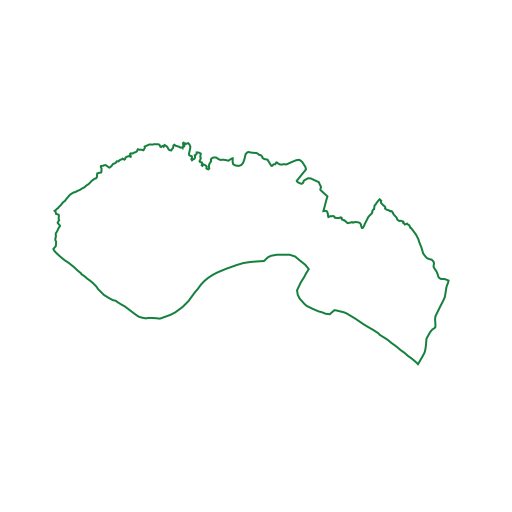 Kang Meas, Kâmpóng Cham, Cambodia (Natural Earth projection), rotated 32°
{"feature_id": "14789045B63152664596772", "entity_name": "Kang Meas", "entity_type": "district", "adm_level": 2, "iso_a3": "KHM", "parent_name": "Cambodia", "parent_adm1": "Kâmpóng Cham", "projection": "natural_earth1", "projection_center": [105.15, 11.935], "detail": "fine", "context": "isolated", "style": "outline", "palette": "green", "viewbox_px": 512, "rotation_deg": 32, "n_neighbors": 0, "source": "geoboundaries", "source_scale": "gbopen_adm2", "svg_char_len": 6071}
<svg xmlns="http://www.w3.org/2000/svg" viewBox="0 0 512 512"><g transform="rotate(32 256 256)"><path d="M61.3,324.4L62.4,324.6L63.4,325.5L64.0,326.2L65.2,326.0L66.5,325.6L67.1,325.8L67.7,326.6L68.4,328.1L69.0,329.2L70.0,329.8L70.1,332.8L70.8,333.3L73.2,333.9L73.9,334.4L73.8,336.8L74.3,340.9L74.2,342.9L74.8,343.9L76.0,345.6L76.9,348.2L78.0,349.3L79.0,349.9L79.9,351.5L81.0,353.8L80.4,357.4L81.1,357.9L83.1,358.8L86.1,359.5L91.2,360.4L96.1,361.0L100.9,361.1L107.7,361.9L111.9,362.8L116.8,363.4L117.5,363.9L122.0,364.1L124.4,364.6L128.6,364.9L131.3,365.2L136.5,366.4L139.8,367.8L147.6,369.6L153.2,369.6L158.0,369.3L160.7,368.3L162.9,368.5L167.7,368.5L171.7,368.3L185.3,369.5L188.7,369.6L192.0,368.7L195.8,367.2L197.2,365.8L199.7,364.2L204.8,361.4L207.3,360.3L207.9,359.8L214.6,351.3L217.2,347.0L219.8,340.6L220.9,337.5L222.6,330.1L223.4,319.4L224.1,314.9L224.5,309.1L224.9,307.5L225.1,306.1L225.8,303.5L227.3,299.2L229.4,294.8L231.9,290.5L237.3,282.9L244.4,273.9L249.2,268.5L254.7,263.8L261.5,258.8L265.4,256.1L266.9,250.5L268.7,247.8L273.0,243.9L283.9,237.1L289.4,235.7L295.9,236.6L300.6,237.1L303.1,237.5L307.7,239.2L307.7,244.8L308.0,247.8L308.0,254.7L309.0,263.4L312.1,266.9L315.7,269.0L322.1,270.9L325.4,271.5L331.8,270.8L338.0,269.9L342.0,268.7L345.6,268.1L349.4,266.3L351.2,260.4L353.3,259.5L360.6,257.1L363.4,256.7L373.3,256.5L383.3,256.9L386.2,256.9L394.4,256.6L400.8,256.7L402.8,257.3L411.0,257.3L413.7,257.5L417.1,258.0L422.4,258.3L428.8,259.2L433.1,259.4L438.0,260.2L442.6,260.5L445.8,260.9L448.8,261.4L450.7,261.9L450.6,258.1L450.4,252.2L450.1,248.6L449.7,247.0L448.5,244.0L447.1,241.0L445.9,238.7L444.4,235.8L444.0,228.2L444.5,224.8L445.5,222.8L445.8,221.4L444.8,219.5L441.2,214.5L440.1,211.9L438.8,199.3L438.6,195.9L438.2,192.8L437.8,190.5L434.1,181.7L433.4,179.2L433.2,177.4L432.3,174.8L430.4,175.1L428.3,175.6L424.6,177.6L422.4,177.4L421.6,176.9L419.8,175.3L417.9,173.9L416.4,173.0L415.0,172.5L412.8,171.4L412.2,170.9L410.7,167.7L409.5,166.7L406.9,166.0L404.8,166.8L402.0,167.2L399.0,166.3L396.5,165.3L391.7,161.1L386.8,157.5L384.8,155.7L380.4,153.1L372.8,150.1L372.0,150.3L371.0,149.7L370.6,149.2L369.4,148.7L367.8,148.8L367.0,148.5L366.6,149.2L365.9,149.8L365.5,150.4L364.3,149.8L363.6,150.1L363.0,149.7L362.7,148.8L362.0,149.0L360.7,149.2L360.1,149.4L359.1,150.3L357.9,150.4L356.4,150.2L355.4,149.3L354.7,148.9L350.7,147.8L350.0,147.3L349.4,147.2L349.1,146.7L348.4,146.5L347.9,146.2L346.5,146.3L346.2,147.0L345.4,147.0L344.6,146.8L342.2,147.5L341.4,147.5L340.2,147.3L340.0,146.5L339.6,146.0L338.9,145.8L338.2,145.5L337.6,145.7L333.9,144.7L333.0,143.7L332.9,142.8L330.8,142.4L330.5,143.7L330.1,147.2L330.1,149.1L329.8,150.4L331.3,153.7L330.9,154.1L330.8,156.1L331.0,156.8L331.5,157.4L331.6,158.4L331.5,159.1L331.3,159.8L331.2,160.5L330.9,161.2L330.8,162.2L330.6,162.8L330.6,163.5L331.3,171.5L331.5,172.3L331.7,173.0L331.6,175.7L331.0,176.1L329.1,174.7L328.2,173.6L326.4,172.9L324.6,173.4L322.9,174.2L321.4,175.2L320.7,176.3L319.9,176.5L319.4,176.4L318.3,177.8L317.6,178.3L316.3,179.6L315.3,179.5L313.9,179.1L313.2,179.2L312.1,178.8L311.4,179.3L310.1,179.2L309.5,179.5L308.9,179.1L308.5,178.3L307.8,178.2L307.1,178.5L306.7,179.4L306.2,180.0L302.6,181.8L301.6,181.1L300.7,181.1L299.8,181.5L299.0,182.3L298.2,182.7L297.5,183.3L297.3,184.0L296.8,184.6L295.7,183.8L294.9,182.4L293.9,181.7L293.3,181.0L292.5,180.6L291.9,180.6L290.8,181.0L289.4,182.2L285.9,171.0L285.0,167.6L275.8,165.9L275.2,165.4L274.6,163.1L274.0,162.6L271.9,161.4L270.2,160.1L261.4,161.2L259.2,162.3L258.7,162.9L257.2,165.6L256.7,166.9L256.8,167.7L257.1,168.4L257.1,169.2L256.9,169.9L256.5,170.5L255.5,170.9L254.4,171.1L253.4,171.2L252.4,171.3L251.5,171.1L250.7,170.7L252.5,156.1L250.7,154.3L245.5,151.8L243.4,151.5L241.7,151.5L239.4,153.4L236.8,157.0L233.2,162.3L231.1,163.3L229.0,165.1L227.4,165.8L225.3,165.8L224.2,165.6L223.7,165.8L223.5,166.5L223.7,167.2L223.7,168.0L222.3,169.0L222.1,169.7L222.1,170.7L221.3,171.4L219.0,170.4L214.8,168.2L213.4,168.7L211.7,169.4L209.6,169.4L209.2,168.9L208.2,168.3L206.6,168.0L204.9,168.6L203.6,168.3L201.9,168.4L197.7,170.6L195.7,171.4L194.4,171.8L193.8,172.7L193.2,174.9L193.8,177.0L194.7,179.4L195.2,181.4L195.7,184.0L195.3,186.7L193.8,188.6L190.8,190.1L188.1,190.3L186.3,188.6L184.5,185.5L183.6,186.5L182.1,189.8L179.5,190.7L177.2,191.7L174.9,193.4L172.8,193.7L170.1,193.6L168.2,194.6L167.0,195.9L166.5,197.9L167.8,199.6L167.6,201.0L167.8,203.2L168.6,205.1L170.0,206.5L169.7,207.8L168.9,208.0L167.5,208.0L166.8,206.3L165.3,205.9L162.8,206.2L162.7,208.0L161.8,207.8L161.5,206.3L160.5,205.3L158.9,206.0L157.8,205.4L157.7,203.9L157.3,202.3L156.1,201.3L154.9,198.4L152.4,198.7L150.8,199.6L151.5,200.9L151.3,202.3L150.7,203.0L152.1,204.7L152.2,206.3L151.4,207.4L151.0,208.7L149.9,208.2L149.4,206.1L148.6,205.4L147.1,205.9L145.8,205.8L145.0,204.8L143.2,199.8L142.5,198.2L140.6,196.8L138.7,196.2L137.4,197.8L136.6,198.0L136.6,199.2L134.6,198.2L134.3,198.8L136.1,201.4L136.8,201.5L136.3,202.5L136.6,203.4L135.7,203.2L134.3,204.2L133.1,204.0L131.7,204.6L130.9,204.6L129.6,205.1L127.8,204.9L127.4,206.0L128.4,208.3L128.1,209.7L128.2,211.4L127.0,211.9L125.6,212.0L122.9,210.5L121.8,210.3L119.7,210.3L119.8,212.2L118.7,211.9L118.2,212.7L117.8,213.9L117.1,214.0L116.3,213.6L115.6,213.0L114.2,212.9L110.3,215.2L109.3,216.3L106.5,217.9L103.6,222.2L104.1,222.7L104.5,223.6L104.5,226.0L102.2,226.7L101.0,227.6L99.2,228.1L99.5,230.1L99.3,230.9L98.8,231.9L97.5,233.3L97.2,234.4L95.3,235.4L95.1,236.3L96.1,237.2L96.9,237.6L97.1,238.4L95.3,238.6L93.8,240.3L93.2,241.7L93.6,242.9L93.4,244.0L91.3,244.1L90.9,245.3L89.9,246.3L89.4,247.7L89.3,248.6L87.8,249.4L87.6,251.6L86.0,253.7L85.8,256.1L85.4,257.6L84.8,258.8L80.3,258.6L79.1,259.5L78.4,260.6L76.8,262.0L77.5,263.0L78.7,263.7L80.3,266.5L80.4,267.2L79.1,268.4L77.6,270.1L79.3,273.5L79.1,275.1L78.0,276.2L77.8,277.1L77.4,277.9L76.7,279.8L76.3,282.4L75.8,284.1L75.0,285.6L73.9,289.1L72.7,290.9L71.7,293.2L69.8,295.8L69.0,297.5L67.9,298.4L67.0,300.0L65.7,302.9L64.9,308.5L64.8,310.5L64.0,312.4L63.3,317.4L62.8,319.0L62.8,320.2L62.1,321.6L62.0,322.7L61.3,324.4Z" fill="none" stroke="#15803d" stroke-width="2"/></g></svg>